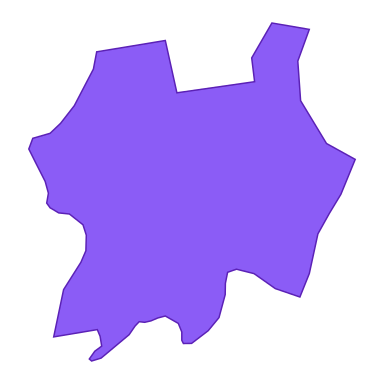 Iecavas, Mercator projection, rotated 270°
{"feature_id": "LVA-5736", "entity_name": "Iecavas", "entity_type": "Municipality", "adm_level": 1, "iso_a3": "LVA", "parent_name": "Latvia", "parent_adm1": "", "projection": "mercator", "projection_center": [24.152, 56.602], "detail": "fine", "context": "isolated", "style": "filled", "palette": "violet", "viewbox_px": 384, "rotation_deg": 270, "n_neighbors": 0, "source": "natural_earth", "source_scale": "10m", "svg_char_len": 876}
<svg xmlns="http://www.w3.org/2000/svg" viewBox="0 0 384 384"><g transform="rotate(270 192 192)"><path d="M235.0,28.8L245.7,32.8L250.7,50.1L260.7,60.6L278.3,74.3L314.9,93.4L332.2,96.7L343.5,165.3L291.2,176.9L302.3,254.6L326.1,251.7L361.0,271.9L354.6,309.3L322.9,297.8L283.3,300.6L240.5,326.5L224.6,355.2L189.7,340.9L170.7,329.4L150.1,317.9L110.4,309.3L87.0,299.9L95.4,275.3L110.4,254.0L114.8,236.4L111.7,227.6L100.7,225.4L89.4,225.2L66.4,219.0L53.3,208.2L40.6,191.6L40.5,183.4L43.7,181.8L52.0,181.8L60.6,178.3L68.0,165.3L66.0,157.7L63.1,150.9L61.7,144.7L62.3,139.2L58.0,135.1L49.3,129.1L25.9,101.1L23.0,91.6L25.0,89.3L32.8,94.8L37.9,101.7L47.7,100.1L54.4,97.3L47.1,53.7L94.4,63.6L121.7,80.9L133.3,85.9L148.8,86.3L159.2,83.0L170.0,69.4L171.1,58.7L176.2,50.1L180.9,46.7L190.8,48.4L202.5,45.2L221.4,35.6L235.0,28.8Z" fill="#8b5cf6" stroke="#5b21b6" stroke-width="1.5"/></g></svg>